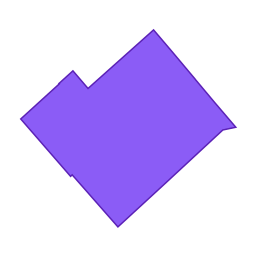 Trenque Lauquen, Buenos Aires, Argentina (Robinson projection), rotated 273°
{"feature_id": "61730980B72658617364075", "entity_name": "Trenque Lauquen", "entity_type": "district", "adm_level": 2, "iso_a3": "ARG", "parent_name": "Argentina", "parent_adm1": "Buenos Aires", "projection": "robinson", "projection_center": [-62.544, -36.056], "detail": "fine", "context": "isolated", "style": "filled", "palette": "violet", "viewbox_px": 256, "rotation_deg": 273, "n_neighbors": 0, "source": "geoboundaries", "source_scale": "gbopen_adm2", "svg_char_len": 363}
<svg xmlns="http://www.w3.org/2000/svg" viewBox="0 0 256 256"><g transform="rotate(273 128 128)"><path d="M182.2,70.0L168.8,56.7L168.5,57.1L131.4,20.4L76.7,73.2L78.3,74.7L28.7,123.1L75.6,169.0L131.0,222.8L134.4,235.6L157.9,213.3L179.8,192.9L180.1,192.7L205.4,169.1L227.3,148.4L165.4,86.0L182.2,70.0Z" fill="#8b5cf6" stroke="#5b21b6" stroke-width="1.5"/></g></svg>